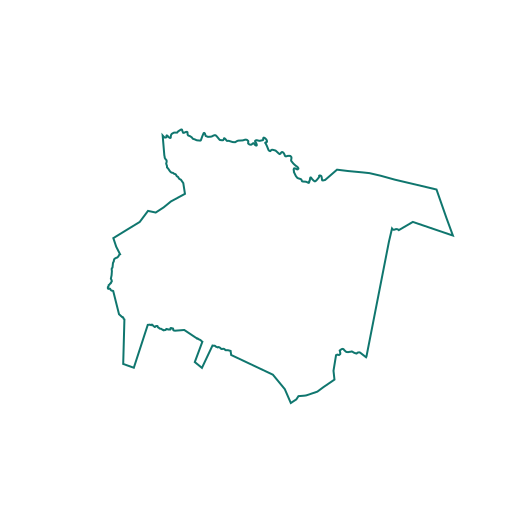 the district of Iliatenco, Guerrero, Mexico, rotated 311°
{"feature_id": "50627088B94686315759105", "entity_name": "Iliatenco", "entity_type": "district", "adm_level": 2, "iso_a3": "MEX", "parent_name": "Mexico", "parent_adm1": "Guerrero", "projection": "equal_earth", "projection_center": [-98.646, 17.051], "detail": "fine", "context": "isolated", "style": "outline", "palette": "teal", "viewbox_px": 512, "rotation_deg": 311, "n_neighbors": 0, "source": "geoboundaries", "source_scale": "gbopen_adm2", "svg_char_len": 6128}
<svg xmlns="http://www.w3.org/2000/svg" viewBox="0 0 512 512"><g transform="rotate(311 256 256)"><path d="M167.9,378.7L174.2,380.5L178.1,380.0L182.5,384.3L183.8,385.4L193.9,391.3L201.2,392.9L214.2,396.3L220.2,389.8L233.3,381.7L233.7,381.5L234.0,381.8L234.7,381.9L234.9,382.0L235.7,383.6L236.4,383.8L237.2,383.9L238.0,383.4L239.6,381.2L241.8,381.7L242.3,382.0L242.8,382.4L243.1,383.2L242.9,384.1L242.8,385.8L242.8,386.8L243.0,387.4L243.9,388.6L245.4,389.8L246.1,390.5L246.7,390.8L246.9,391.1L247.4,393.8L247.6,394.1L247.8,394.8L248.4,395.9L248.9,396.0L249.5,396.0L249.8,396.1L250.8,396.9L251.3,397.5L251.4,398.1L251.8,405.5L252.6,405.3L353.9,347.0L366.0,340.6L365.8,341.7L365.9,342.4L366.8,343.3L368.0,343.9L368.5,344.4L369.1,345.5L369.2,346.2L369.2,346.8L384.6,352.0L400.6,391.2L409.8,374.5L424.6,348.6L404.7,310.7L398.4,297.5L393.0,287.3L389.1,281.7L380.5,269.7L374.3,260.5L358.8,258.3L357.2,257.2L356.6,256.5L356.7,256.0L358.6,253.8L359.1,252.9L359.1,252.3L358.9,251.7L358.4,251.1L358.0,251.0L357.3,251.7L356.5,251.9L353.7,252.0L352.0,251.9L351.1,251.6L350.9,251.4L350.8,251.0L350.7,249.9L350.9,247.5L351.2,246.6L351.3,246.2L351.2,245.8L351.0,245.6L350.7,245.6L349.9,246.0L348.0,247.2L347.3,247.1L347.0,247.2L346.8,247.3L346.3,247.9L346.1,247.9L345.8,247.8L345.6,247.5L345.3,246.5L345.1,245.6L344.5,244.5L343.3,243.0L342.7,242.0L342.7,241.5L343.3,240.4L343.4,239.9L343.4,239.3L342.3,236.8L342.1,236.0L342.2,235.2L342.5,233.6L344.3,229.4L344.7,229.2L345.1,228.8L345.7,227.9L346.3,227.5L346.9,227.3L347.2,227.3L347.5,227.6L347.8,228.1L348.3,230.1L348.7,230.6L349.7,230.7L350.0,230.4L350.3,229.5L350.4,228.7L350.2,226.8L350.2,224.9L350.3,223.3L350.8,220.6L351.0,220.0L351.4,219.6L352.9,218.7L353.7,218.0L353.9,217.6L354.0,216.9L354.0,216.3L353.6,215.6L352.4,214.3L350.9,213.3L350.6,212.8L350.6,212.0L351.2,211.1L351.8,209.6L351.9,208.2L351.6,207.5L351.3,207.3L350.8,207.2L349.8,207.2L349.3,207.3L348.7,207.1L348.4,206.9L348.3,205.9L348.4,202.3L348.4,201.6L348.0,200.7L347.2,199.1L346.7,198.4L346.3,198.2L345.9,198.0L344.6,198.0L344.4,197.8L344.1,197.0L344.2,195.9L346.1,192.2L347.2,189.7L347.3,189.0L347.5,188.7L348.0,188.7L348.6,189.0L348.9,189.3L349.4,189.3L349.7,189.1L350.3,188.4L350.7,187.3L350.8,186.0L350.8,185.0L350.4,184.2L350.1,184.1L349.6,184.2L348.5,185.1L348.2,185.2L347.8,185.1L347.3,184.7L345.3,183.2L344.7,182.2L344.0,180.8L343.6,180.3L342.9,179.9L342.1,179.9L341.8,180.3L341.6,181.1L341.6,181.3L341.2,182.4L340.3,183.8L340.0,183.9L339.7,183.9L339.4,183.6L339.3,183.0L339.2,182.2L339.3,181.6L339.6,180.7L339.6,180.3L339.4,180.0L339.1,179.8L338.5,179.7L337.2,179.5L336.7,179.2L336.2,178.5L335.9,177.9L335.8,177.4L335.8,176.3L336.0,176.0L337.1,175.3L337.7,174.6L337.7,173.1L337.4,172.4L337.0,171.8L336.4,171.3L334.6,170.2L334.1,169.7L331.6,167.1L330.6,166.4L328.2,165.6L326.7,163.7L325.0,159.8L323.9,158.7L323.8,158.3L324.2,156.1L324.2,155.3L324.1,154.9L323.7,154.7L323.3,155.1L321.9,155.2L321.6,155.0L321.1,154.5L319.9,152.7L319.9,151.8L320.4,149.0L320.6,147.4L320.6,146.4L320.3,145.8L319.9,145.4L318.6,144.7L317.8,144.5L316.5,143.7L314.4,141.6L313.6,139.3L313.8,138.9L314.7,137.4L314.9,137.0L314.9,136.2L314.7,136.0L314.4,135.9L313.7,136.1L311.2,136.9L307.3,138.4L306.8,138.4L306.5,138.2L304.6,135.6L304.2,134.6L303.9,133.4L303.1,131.6L303.1,131.1L303.3,130.3L303.4,129.5L303.3,128.7L303.1,127.4L302.6,126.1L302.5,125.8L302.6,125.2L303.0,124.5L304.4,123.1L304.4,122.5L304.1,122.1L303.6,121.7L301.7,120.8L301.3,120.4L301.2,120.1L302.1,118.3L302.7,117.4L302.7,116.9L302.1,116.4L299.1,115.5L297.4,115.5L295.5,113.3L294.7,112.9L292.9,112.3L292.1,112.4L291.4,112.6L290.4,113.2L289.5,113.9L289.2,114.0L288.9,113.9L288.6,113.5L288.4,112.1L288.4,111.5L288.6,110.9L288.6,110.1L288.5,109.6L288.4,109.5L288.1,109.5L287.5,110.0L286.7,110.4L286.1,110.1L285.7,109.6L285.5,109.3L285.5,108.8L285.5,108.1L285.7,106.5L271.8,120.8L271.0,121.9L270.3,122.6L269.9,123.6L269.5,125.7L269.1,126.2L268.4,126.8L266.8,127.6L265.5,129.8L264.5,130.7L264.4,131.6L264.4,132.2L264.1,133.2L263.5,135.5L263.4,136.8L263.6,137.7L264.2,138.7L264.3,139.0L264.3,140.2L264.9,141.5L264.9,141.9L264.9,142.1L264.3,143.7L264.3,144.2L264.5,145.1L264.5,145.4L263.9,147.2L264.0,148.0L264.3,149.3L263.3,153.3L256.3,161.6L241.4,156.0L232.1,154.4L223.0,151.8L219.2,144.9L205.4,145.9L190.9,141.3L175.9,136.6L171.3,144.4L168.1,152.3L167.4,152.0L166.5,152.1L165.4,152.4L163.9,152.3L162.9,151.7L161.2,151.1L160.7,151.1L159.6,151.5L159.0,152.0L158.4,152.3L157.5,152.4L156.8,152.7L153.4,155.1L153.0,155.3L152.0,155.3L151.3,155.8L150.0,157.2L146.8,159.6L143.6,161.4L143.2,162.6L142.8,163.0L142.6,163.5L142.1,163.9L140.8,163.9L140.3,164.3L140.1,164.3L139.3,164.0L138.5,164.2L137.4,163.9L136.5,164.5L135.4,164.6L134.6,165.2L134.3,165.7L134.4,166.1L134.6,166.4L135.2,166.6L135.4,167.0L135.5,167.3L135.4,167.8L135.1,168.5L135.1,169.6L135.7,170.6L135.9,171.2L122.2,190.8L122.1,195.0L122.4,195.3L122.5,195.7L122.3,196.5L121.9,196.9L121.8,197.2L121.8,198.3L87.4,226.6L91.5,237.1L133.0,219.5L133.7,220.2L134.2,220.5L134.6,221.3L134.9,221.6L135.0,222.2L135.7,222.3L136.0,222.6L136.0,223.9L135.9,224.3L136.0,225.9L136.0,226.1L136.4,226.4L137.5,226.5L138.3,227.3L138.4,227.5L138.4,227.9L138.2,228.1L137.9,228.7L137.9,229.0L137.9,229.4L138.1,229.8L138.0,230.8L138.2,231.3L138.8,232.1L138.9,233.0L139.0,233.3L139.0,234.0L139.4,234.5L139.3,235.0L140.9,236.3L142.1,236.2L142.4,236.6L142.6,237.3L142.9,237.6L143.0,237.9L143.0,238.1L143.4,238.5L143.7,238.9L144.1,239.0L144.2,239.5L144.4,239.6L144.6,239.6L145.6,238.9L145.9,239.1L146.3,239.8L146.5,240.4L146.8,240.8L146.8,241.0L146.7,241.2L146.0,241.9L145.8,242.4L145.9,242.9L146.4,243.7L146.5,243.9L153.1,250.4L154.9,264.5L155.3,265.6L155.0,265.8L155.1,266.1L155.6,266.8L155.6,267.6L156.1,269.0L156.1,270.9L155.9,271.5L156.0,271.8L135.8,279.4L136.1,288.6L159.9,281.9L160.6,283.1L161.0,283.4L161.2,283.8L161.3,284.1L161.3,285.5L161.7,286.3L161.9,287.1L162.6,287.4L162.8,287.6L163.2,289.2L163.1,290.3L163.1,290.8L163.5,291.4L164.1,291.8L164.6,292.3L164.8,292.6L165.0,293.3L165.0,293.9L164.9,294.7L165.1,295.0L166.6,296.8L167.7,299.1L165.0,302.2L177.5,346.6L174.4,365.1L167.9,378.7Z" fill="none" stroke="#0f766e" stroke-width="2"/></g></svg>